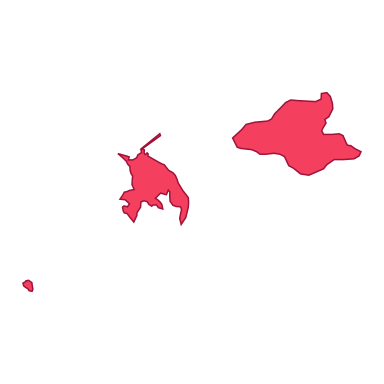 Ansan-si, Gyeonggi, South Korea (Natural Earth projection)
{"feature_id": "91817680B39459501575733", "entity_name": "Ansan-si", "entity_type": "district", "adm_level": 2, "iso_a3": "KOR", "parent_name": "South Korea", "parent_adm1": "Gyeonggi", "projection": "natural_earth1", "projection_center": [126.664, 37.234], "detail": "fine", "context": "isolated", "style": "filled", "palette": "rose", "viewbox_px": 384, "rotation_deg": 0, "n_neighbors": 0, "source": "geoboundaries", "source_scale": "gbopen_adm2", "svg_char_len": 2132}
<svg xmlns="http://www.w3.org/2000/svg" viewBox="0 0 384 384"><path d="M361.0,151.7L355.1,148.8L355.0,148.7L350.7,145.6L347.6,145.3L346.3,143.2L343.0,135.6L339.3,133.8L332.2,134.4L326.7,134.4L323.6,134.4L321.7,130.7L323.0,128.0L326.0,123.1L324.8,119.5L328.8,116.8L332.8,108.9L332.7,107.6L332.5,104.0L331.9,101.6L330.3,96.4L326.9,92.7L321.4,93.5L321.1,99.1L315.6,101.6L297.7,100.6L290.7,100.0L285.7,102.5L280.2,108.2L274.7,113.7L271.6,118.9L267.9,121.0L255.0,122.2L246.1,124.4L241.5,129.8L232.6,138.0L237.2,147.2L240.6,148.4L245.8,149.0L251.6,149.6L256.6,151.7L259.9,154.2L265.8,154.2L274.1,153.3L279.9,154.2L284.5,156.6L288.8,165.7L293.5,168.2L300.5,173.9L308.8,175.2L323.6,168.8L326.7,164.8L334.1,159.6L343.3,159.6L354.1,158.8L359.0,156.0L361.0,151.7ZM144.6,154.0L144.3,153.1L144.1,152.1L144.3,151.1L144.4,150.0L144.0,149.7L142.8,149.3L141.7,149.2L160.5,135.6L159.8,133.7L140.9,149.0L141.5,152.6L137.9,154.8L136.6,157.8L132.9,159.9L128.3,159.9L129.2,156.9L126.5,156.0L117.9,153.6L122.8,157.8L124.6,159.6L126.5,161.5L127.7,164.2L129.9,166.6L130.2,170.9L131.4,174.3L132.6,175.8L132.3,179.4L132.0,184.6L134.2,189.5L129.5,190.4L127.7,191.3L124.3,192.2L122.8,195.0L120.0,199.2L125.2,199.8L129.5,203.8L127.4,206.8L124.0,205.9L122.5,207.1L123.4,211.4L124.3,212.9L127.1,213.5L129.8,217.2L133.8,222.1L136.9,215.4L136.9,212.9L140.6,207.1L140.9,202.0L144.0,200.7L147.1,201.7L148.9,204.4L151.7,206.2L153.2,205.0L156.6,205.0L158.4,207.7L162.8,209.0L161.8,204.4L160.6,202.6L158.1,200.1L155.4,198.3L157.5,196.2L160.6,193.1L163.7,194.0L166.4,194.7L168.3,190.1L169.8,191.9L169.8,197.1L170.1,201.3L172.9,205.3L176.3,206.5L180.6,206.8L181.5,209.6L180.6,213.5L179.7,218.4L181.2,224.5L185.8,217.5L188.3,207.1L188.6,202.3L188.3,197.7L186.1,194.7L182.7,190.4L178.1,182.8L177.2,179.7L175.4,175.5L172.9,172.7L168.6,170.3L164.3,164.8L161.9,163.9L158.5,162.1L148.0,156.1L147.9,155.3L148.1,154.5L148.1,153.8L147.1,152.9L145.6,154.5L144.6,154.0ZM32.9,289.3L32.5,287.0L32.1,284.6L31.9,282.7L28.6,280.3L25.8,280.9L25.8,281.5L23.0,283.1L23.6,285.8L25.6,287.4L27.8,288.7L29.1,290.7L32.1,291.3L32.9,289.3Z" fill="#f43f5e" stroke="#9f1239" stroke-width="1.5"/></svg>